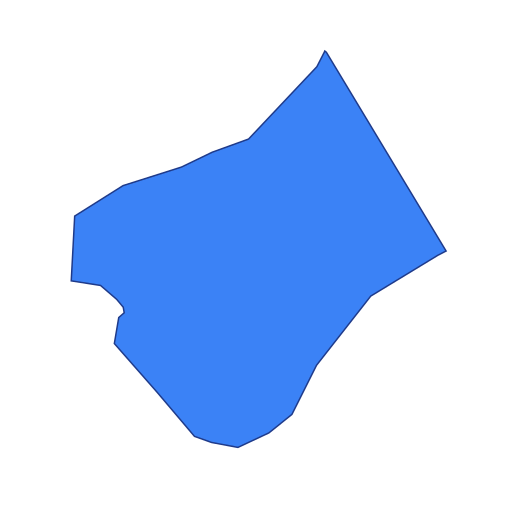 Šentjernej, Robinson projection, rotated 255°
{"feature_id": "SVN-987", "entity_name": "Šentjernej", "entity_type": "Municipality", "adm_level": 1, "iso_a3": "SVN", "parent_name": "Slovenia", "parent_adm1": "", "projection": "robinson", "projection_center": [15.351, 45.818], "detail": "fine", "context": "isolated", "style": "filled", "palette": "blue", "viewbox_px": 512, "rotation_deg": 255, "n_neighbors": 0, "source": "natural_earth", "source_scale": "10m", "svg_char_len": 510}
<svg xmlns="http://www.w3.org/2000/svg" viewBox="0 0 512 512"><g transform="rotate(255 256 256)"><path d="M436.2,375.5L434.6,376.7L211.6,440.9L211.4,439.9L209.8,432.7L209.8,432.4L187.6,356.5L134.8,286.2L93.7,249.7L81.8,222.7L75.8,189.0L87.4,164.8L97.7,149.9L149.6,125.4L208.1,96.5L232.1,107.5L235.3,114.0L240.9,114.5L250.2,110.2L267.8,98.2L279.8,71.1L341.5,91.2L358.4,145.8L361.2,207.0L367.6,240.6L370.9,279.1L423.1,363.8L435.3,374.8L436.2,375.5Z" fill="#3b82f6" stroke="#1e3a8a" stroke-width="1.5"/></g></svg>